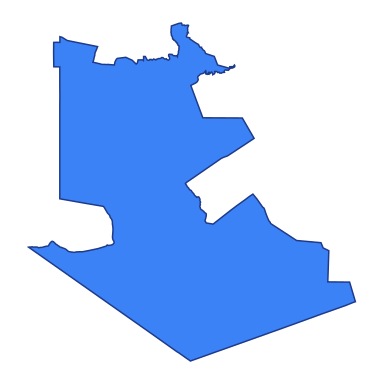 Mwatate, Coast, Kenya
{"feature_id": "3690345B41305477432813", "entity_name": "Mwatate", "entity_type": "district", "adm_level": 2, "iso_a3": "KEN", "parent_name": "Kenya", "parent_adm1": "Coast", "projection": "orthographic", "projection_center": [38.365, -3.735], "detail": "fine", "context": "isolated", "style": "filled", "palette": "blue", "viewbox_px": 384, "rotation_deg": 0, "n_neighbors": 0, "source": "geoboundaries", "source_scale": "gbopen_adm2", "svg_char_len": 5767}
<svg xmlns="http://www.w3.org/2000/svg" viewBox="0 0 384 384"><path d="M355.4,301.7L349.6,282.1L327.8,281.9L328.8,250.7L323.1,247.9L321.0,242.7L296.6,240.5L270.9,223.7L270.4,223.0L270.1,222.2L269.8,221.8L268.9,220.8L267.5,217.7L265.7,213.0L264.6,209.5L264.0,208.2L263.6,207.7L262.7,207.2L256.8,198.8L252.9,194.1L248.9,196.8L245.0,199.8L237.2,205.4L231.2,209.9L213.1,224.1L206.5,223.0L205.9,222.6L205.7,221.8L205.1,221.0L205.0,220.5L205.3,219.8L205.6,218.5L205.8,218.0L205.9,217.1L206.1,216.8L206.1,215.9L206.3,215.6L206.2,214.8L206.3,214.3L206.3,213.9L205.8,213.3L205.4,213.1L204.4,212.4L203.9,211.5L203.1,211.0L202.8,210.7L202.4,210.3L201.2,209.6L200.4,208.6L200.2,207.3L199.8,206.6L199.8,206.2L200.0,205.6L200.3,205.1L200.4,204.7L200.1,204.0L200.0,203.6L200.1,203.2L200.5,202.6L200.5,202.3L200.4,201.9L200.3,201.3L199.9,200.8L199.8,200.3L200.0,199.5L199.9,199.0L199.4,198.1L199.1,197.4L198.9,197.1L198.2,196.8L197.7,196.9L197.4,197.2L197.0,197.3L196.6,197.3L196.1,196.5L195.5,196.1L195.1,195.8L194.8,195.6L194.6,195.3L193.8,193.8L193.1,193.1L192.7,192.5L192.1,192.0L191.2,190.5L189.9,189.8L189.5,189.7L189.0,188.8L188.9,188.4L188.6,188.1L188.1,187.5L187.4,186.9L187.2,186.6L187.0,186.2L186.8,185.8L186.6,185.3L185.8,184.3L185.4,183.6L185.8,183.1L186.8,182.2L221.1,158.5L223.8,157.2L225.6,156.6L226.8,156.2L227.7,155.8L251.2,140.3L254.1,138.4L242.3,118.0L202.8,117.8L190.8,85.4L195.6,83.0L196.6,82.3L197.2,81.7L198.0,80.3L198.2,79.8L198.1,79.1L197.7,77.3L197.7,76.8L198.0,76.3L199.2,75.4L199.7,74.8L200.4,74.2L201.0,73.9L202.1,73.7L202.7,73.5L203.8,73.0L205.7,70.8L205.9,71.1L205.9,71.5L205.4,71.7L205.5,72.2L205.8,72.4L206.0,72.7L205.6,73.3L205.7,73.7L205.9,74.0L206.6,74.1L207.0,74.3L207.2,73.8L207.6,73.8L207.8,74.1L209.0,74.3L209.0,73.8L208.5,73.7L208.2,73.4L208.7,72.3L209.1,72.2L209.5,72.4L209.7,73.2L210.2,73.4L210.4,72.9L210.9,72.7L211.4,72.0L211.8,72.2L212.0,72.6L212.2,73.0L212.7,73.7L212.8,74.7L214.4,73.8L214.7,73.3L215.1,72.4L215.0,72.1L214.8,71.9L214.7,71.5L215.2,71.4L215.7,71.5L216.6,71.5L217.0,71.7L217.6,72.5L218.0,72.6L218.7,72.2L219.2,72.3L219.9,73.2L220.5,73.0L221.2,73.2L221.7,73.0L222.0,72.6L222.8,72.5L223.2,72.3L223.6,72.4L224.0,72.5L224.5,72.3L224.1,71.5L224.2,71.1L225.0,70.1L225.4,69.9L225.9,69.9L226.7,70.2L227.5,70.1L227.9,70.3L228.3,70.3L228.8,69.9L229.9,68.6L230.6,68.2L230.9,68.0L231.8,68.2L233.2,67.7L233.9,67.4L234.7,66.7L234.8,66.3L234.7,65.4L234.4,65.0L233.8,65.8L233.4,66.6L229.8,66.7L229.4,68.3L217.6,65.0L214.3,56.4L206.1,53.7L205.7,53.4L205.4,53.1L205.3,52.7L204.7,51.3L204.3,50.8L203.1,49.9L202.8,49.6L202.1,48.5L201.2,47.7L201.4,47.3L199.8,47.1L199.5,46.7L198.5,44.5L195.4,42.7L189.7,38.8L189.7,38.5L189.8,37.9L189.4,37.7L188.1,37.5L186.8,37.2L186.5,36.7L186.4,36.1L186.6,35.7L187.1,34.6L187.4,33.7L187.3,32.8L188.3,32.8L188.0,32.1L187.5,30.6L187.6,30.2L187.7,29.1L187.5,28.6L187.5,28.2L187.4,27.8L187.8,27.4L188.0,26.5L188.5,25.8L188.5,25.4L188.2,25.2L187.8,25.1L187.0,25.3L185.5,25.5L185.0,25.7L184.3,25.0L183.8,25.0L183.0,25.2L182.6,25.3L182.2,25.2L182.0,24.9L181.9,24.6L181.8,23.6L181.5,23.2L181.2,23.0L180.5,23.2L178.8,23.4L175.0,24.7L171.4,26.0L171.3,27.7L171.1,29.2L171.1,31.3L170.9,32.1L171.2,33.1L171.4,35.4L172.4,36.9L172.5,37.3L172.4,37.7L172.4,38.0L172.6,38.3L172.7,38.8L172.9,39.2L173.4,39.3L173.7,39.5L173.7,39.9L173.9,40.2L174.3,40.4L174.7,40.5L174.9,40.8L175.2,41.0L175.6,41.4L176.0,42.1L176.4,42.2L177.0,42.7L177.0,43.5L177.7,44.1L177.9,45.0L178.6,45.8L179.2,46.2L179.0,47.0L178.9,49.0L179.0,49.5L178.9,49.9L178.4,51.4L178.4,53.2L178.0,54.4L177.4,55.2L177.5,56.1L177.4,56.6L177.0,55.9L176.7,55.7L175.6,55.9L174.6,55.7L173.6,55.7L172.5,55.0L171.9,54.3L171.4,54.4L170.9,54.5L170.5,54.5L170.1,54.2L169.7,54.2L168.8,54.5L168.6,55.6L168.7,56.1L169.3,56.8L169.5,57.8L169.7,58.2L169.5,59.2L169.3,59.6L168.4,60.1L167.4,59.8L167.0,59.6L166.3,58.7L165.9,58.8L165.2,59.1L164.7,59.1L163.9,58.5L163.4,58.2L163.1,57.7L161.9,57.5L161.5,57.6L161.3,57.9L160.5,58.4L160.2,58.5L158.3,58.6L158.0,58.7L157.2,59.1L156.4,59.3L156.1,59.5L155.9,59.9L155.4,59.8L155.1,59.5L153.6,59.0L152.6,60.0L152.3,60.1L151.5,59.5L151.2,59.7L150.8,59.7L150.4,59.4L149.9,59.4L149.6,59.6L149.1,60.3L148.7,60.3L148.1,60.2L147.5,60.2L147.2,60.0L147.0,59.6L145.3,56.5L143.6,56.5L143.6,58.4L143.4,60.4L143.1,60.1L142.8,59.9L138.1,59.9L137.4,62.7L137.2,63.1L136.5,63.9L136.1,64.0L132.3,60.3L125.8,57.3L117.3,58.4L116.4,59.2L115.1,61.6L114.3,65.0L107.7,64.4L106.8,64.6L104.8,64.4L102.0,64.4L99.1,63.6L92.9,62.2L93.7,59.8L94.2,57.3L94.7,55.7L95.0,53.0L96.7,49.0L97.6,46.6L67.2,40.5L62.1,37.3L59.9,36.7L59.9,42.4L57.0,42.3L53.7,42.4L53.6,53.2L53.8,66.8L59.8,66.9L59.8,84.7L59.9,95.9L59.8,106.7L59.8,148.8L59.8,155.0L59.8,198.8L85.3,203.3L103.0,206.3L103.5,206.5L104.4,207.7L107.5,213.0L107.8,213.4L108.9,214.4L109.7,215.6L110.3,217.5L111.7,219.4L112.2,220.8L112.4,222.0L112.4,224.2L112.8,226.4L113.0,229.5L112.9,231.7L112.5,236.5L112.5,237.4L112.7,238.9L113.0,239.7L113.2,240.2L114.0,241.5L114.1,242.3L114.1,242.7L113.8,243.3L113.2,244.0L112.5,244.5L111.8,244.9L110.0,245.3L108.2,245.4L107.8,245.3L107.4,245.0L107.1,245.0L106.7,245.6L106.3,246.0L105.9,246.2L98.0,248.6L89.1,250.5L82.8,251.7L81.0,251.8L79.9,251.7L77.9,251.9L76.3,251.9L75.8,252.0L75.1,252.3L74.6,252.4L70.4,251.9L69.0,251.6L68.3,251.3L67.6,250.8L66.8,250.0L65.6,249.1L64.8,248.7L61.1,247.3L59.7,246.9L59.2,246.3L58.3,245.8L57.0,244.8L55.7,244.0L54.9,243.1L53.5,241.8L52.7,241.4L52.1,241.3L51.6,241.5L50.7,242.3L49.8,243.4L48.6,245.5L48.2,246.0L47.8,246.1L45.8,246.3L42.0,247.4L40.4,247.4L39.0,247.7L38.5,247.7L37.5,247.2L37.1,247.1L36.0,247.0L33.5,247.1L32.0,246.8L31.0,247.0L29.6,247.0L28.6,247.2L150.7,333.1L176.9,351.7L178.6,352.7L186.4,358.2L188.6,359.7L190.4,361.0L284.1,327.6L321.3,314.1L346.1,305.3L352.8,302.6L355.4,301.7Z" fill="#3b82f6" stroke="#1e3a8a" stroke-width="1.5"/></svg>